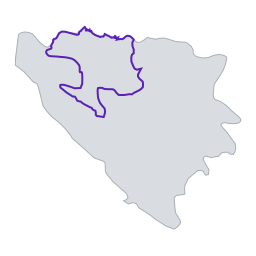 Banja Luka highlighted on a map of Bosnia and Herzegovina
{"feature_id": "BIH-4802", "entity_name": "Banja Luka", "entity_type": "state/province", "adm_level": 1, "iso_a3": "BIH", "parent_name": "Bosnia and Herzegovina", "parent_adm1": "", "projection": "natural_earth1", "projection_center": [17.075, 44.676], "detail": "fine", "context": "in_parent", "style": "outline", "palette": "violet", "viewbox_px": 256, "rotation_deg": 0, "n_neighbors": 0, "source": "natural_earth", "source_scale": "10m", "svg_char_len": 4031}
<svg xmlns="http://www.w3.org/2000/svg" viewBox="0 0 256 256"><path d="M226.3,56.8L226.8,58.4L225.5,64.2L223.1,70.4L219.1,76.9L215.0,83.0L213.9,86.2L213.6,91.3L213.2,95.4L213.7,97.6L215.1,99.6L219.8,101.2L226.1,105.3L231.5,110.6L238.5,116.6L240.6,118.8L240.6,121.2L238.7,123.0L232.8,123.7L226.7,123.1L224.3,122.5L222.2,123.3L220.8,124.6L221.5,126.2L227.9,133.5L235.3,144.0L235.7,148.5L234.8,152.1L233.2,154.5L230.1,154.1L227.8,152.2L224.3,152.3L221.6,152.9L218.1,156.7L216.3,156.5L213.3,157.1L211.4,157.8L208.3,156.7L205.2,156.0L203.8,157.2L203.2,159.4L205.2,163.4L208.9,169.7L208.4,174.6L205.6,175.1L202.9,171.1L200.6,170.4L198.0,170.5L192.1,175.2L187.7,179.1L186.7,181.9L185.1,184.9L184.6,187.0L184.8,194.2L176.8,195.4L175.2,196.4L174.2,198.6L174.9,207.9L175.6,212.9L180.2,220.5L180.4,222.9L179.7,224.5L176.5,227.6L175.0,228.7L173.9,229.0L168.6,227.0L166.1,226.1L155.4,219.3L150.7,215.5L143.3,210.6L138.7,207.8L136.4,203.6L132.8,202.6L128.5,203.9L123.6,200.9L127.0,199.3L127.9,197.8L127.5,195.8L125.9,193.1L112.8,181.5L106.4,173.6L105.3,170.7L105.2,163.2L103.7,161.3L94.1,157.9L83.4,148.1L72.3,138.4L70.8,135.7L65.1,128.5L58.2,121.8L52.7,117.6L48.1,112.8L43.1,106.1L40.6,95.9L38.3,86.9L36.7,83.4L33.5,82.2L23.7,71.5L15.4,65.3L15.5,58.6L16.9,47.4L18.5,34.8L20.6,33.0L24.4,32.0L28.7,32.4L32.5,34.0L40.0,42.6L44.3,46.0L47.9,47.3L52.1,43.7L57.3,36.0L61.8,32.0L77.0,33.4L84.4,27.5L96.5,35.3L101.4,36.4L104.2,35.4L108.1,35.9L116.5,38.1L118.5,39.1L121.0,38.9L127.3,35.9L129.4,36.3L136.6,42.2L140.2,42.3L144.5,39.7L147.3,37.5L155.5,39.2L160.2,38.2L164.1,38.1L168.3,39.1L172.2,40.4L176.0,41.6L186.1,42.3L191.0,46.0L193.0,49.7L193.1,51.9L193.5,54.3L196.4,56.6L202.5,58.0L206.3,57.7L208.4,57.5L213.6,55.4L219.7,54.3L224.2,55.6L226.3,56.8Z" fill="#d9dde1" stroke="#a8b0b8" stroke-width="1"/><path d="M84.8,27.0L85.2,27.4L85.7,28.9L85.8,29.5L85.8,30.2L86.1,30.6L87.3,30.4L87.1,29.9L86.9,29.4L87.8,29.7L88.5,30.5L89.1,30.9L89.7,29.9L89.9,30.5L90.0,30.9L89.9,31.4L89.7,32.0L90.0,31.7L90.9,31.2L91.3,31.0L92.4,33.2L94.9,34.9L96.4,35.5L100.1,37.0L100.7,36.7L103.5,36.5L103.7,36.2L104.8,34.0L107.1,35.3L108.2,35.7L110.1,36.8L110.7,37.3L111.5,37.7L112.5,37.6L114.5,37.0L114.6,36.8L114.7,36.3L115.0,36.0L115.5,36.3L115.8,36.8L115.9,37.2L115.7,37.6L115.3,38.1L116.0,38.3L116.7,38.2L118.1,37.5L117.6,39.1L117.3,39.5L117.7,39.4L120.6,39.0L121.9,39.2L122.5,39.1L123.7,38.4L125.9,36.4L127.1,35.8L129.1,35.9L130.8,36.7L132.4,38.1L133.8,39.8L132.3,42.6L132.5,46.2L133.7,49.5L133.7,53.2L132.0,54.7L131.3,57.2L131.4,61.6L133.3,66.2L134.7,68.7L136.9,69.7L141.1,68.7L139.0,72.6L138.0,74.7L138.0,76.4L139.2,78.5L141.3,80.3L142.7,81.6L143.0,83.6L143.0,85.4L142.8,87.2L141.4,88.7L139.3,90.2L136.9,91.4L133.9,92.9L132.0,94.2L131.9,94.3L129.4,94.2L124.3,95.0L120.6,95.0L118.5,94.9L117.5,93.8L116.4,92.8L114.8,90.5L113.0,89.3L110.9,89.2L108.1,89.2L104.8,89.0L103.2,88.5L102.5,87.9L99.4,87.8L98.0,88.1L97.6,90.2L97.8,94.7L98.1,97.9L99.0,100.5L100.0,102.9L101.5,104.9L104.6,108.5L105.1,111.4L104.8,113.5L104.3,115.2L103.7,117.0L98.3,116.2L96.7,115.9L95.8,114.9L95.8,112.6L95.4,110.7L94.1,110.3L92.7,109.5L91.8,107.9L90.1,107.3L87.3,105.8L84.3,104.3L81.9,102.7L80.6,101.5L79.5,101.4L77.4,100.8L76.3,99.0L75.6,97.6L74.9,96.7L74.0,96.5L72.6,96.5L71.0,95.3L67.4,93.1L64.9,91.2L63.2,89.7L61.4,88.3L60.6,87.7L60.1,86.4L60.4,84.9L61.5,84.8L63.8,84.8L67.3,85.8L71.4,87.1L74.7,88.3L78.0,88.1L80.5,88.0L81.0,86.7L81.6,85.2L82.2,84.0L82.3,79.7L82.3,76.0L82.0,72.9L81.5,72.1L80.0,72.2L79.7,71.4L79.7,70.1L79.7,67.1L79.1,65.2L76.9,62.4L74.3,60.0L71.9,58.7L68.8,57.9L66.6,57.5L63.4,57.1L60.0,56.9L58.2,56.6L54.1,56.4L50.2,56.1L48.4,55.6L46.7,53.8L46.2,52.6L46.2,51.4L47.1,50.0L49.8,49.1L51.2,48.6L51.5,47.9L51.5,47.3L51.2,46.8L51.0,46.5L51.7,44.4L52.9,42.4L53.1,41.8L53.2,40.9L53.1,40.4L53.1,40.0L53.6,39.3L54.1,39.0L55.6,38.6L56.3,38.2L57.1,37.0L59.0,33.2L61.7,31.6L65.1,31.7L76.7,34.8L78.2,34.6L78.9,34.0L79.0,33.5L79.0,32.8L79.3,31.9L79.9,31.4L80.5,31.2L81.1,30.8L81.4,30.0L81.9,29.7L82.5,29.1L83.0,28.5L83.2,28.2L84.8,27.0Z" fill="none" stroke="#5b21b6" stroke-width="2"/></svg>